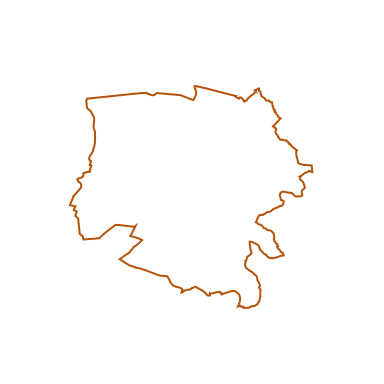 Yehualtepec, Puebla, Mexico (Natural Earth projection), rotated 64°
{"feature_id": "50627088B45895820566273", "entity_name": "Yehualtepec", "entity_type": "district", "adm_level": 2, "iso_a3": "MEX", "parent_name": "Mexico", "parent_adm1": "Puebla", "projection": "natural_earth1", "projection_center": [-97.668, 18.767], "detail": "fine", "context": "isolated", "style": "outline", "palette": "amber", "viewbox_px": 384, "rotation_deg": 64, "n_neighbors": 0, "source": "geoboundaries", "source_scale": "gbopen_adm2", "svg_char_len": 5928}
<svg xmlns="http://www.w3.org/2000/svg" viewBox="0 0 384 384"><g transform="rotate(64 192 192)"><path d="M130.3,289.5L133.3,289.6L134.0,289.0L134.6,288.6L135.7,288.3L136.7,288.3L137.6,288.6L138.8,289.5L139.7,290.4L143.2,298.7L144.0,300.9L144.4,300.8L150.3,307.5L153.7,303.0L156.3,306.1L159.1,304.2L162.3,307.3L165.8,305.9L180.3,311.2L180.6,311.2L184.0,309.6L187.1,310.4L191.9,298.3L191.9,297.7L192.0,297.4L193.0,296.0L190.9,289.1L188.0,275.4L189.3,272.6L197.8,259.5L197.9,258.7L197.7,258.2L197.6,257.4L204.7,266.7L207.6,263.1L211.3,259.4L213.3,258.0L214.5,261.7L215.4,264.9L215.9,268.3L219.2,275.4L219.2,277.8L220.4,284.1L220.6,286.5L230.2,280.7L233.2,277.5L234.9,276.2L237.9,272.2L241.2,268.8L253.0,257.7L256.7,251.4L257.6,251.1L260.4,250.9L264.5,251.0L265.3,250.7L267.5,250.0L269.9,248.2L270.7,247.1L271.7,246.0L272.5,244.9L274.2,243.8L275.4,243.3L277.8,245.5L278.0,244.2L277.4,241.9L277.5,240.8L277.8,239.0L278.4,237.7L278.8,235.9L278.4,234.8L278.7,230.5L283.4,227.1L285.8,225.5L286.4,225.3L288.3,224.2L290.0,224.1L290.6,223.6L291.8,223.2L292.7,221.8L292.9,221.2L291.8,220.9L290.8,220.3L291.0,220.2L291.6,219.3L291.9,218.4L292.1,218.1L292.4,216.3L292.9,213.6L293.2,212.8L293.3,212.1L293.7,211.2L294.0,210.7L295.2,210.9L296.3,209.4L297.0,210.0L298.2,201.0L299.2,198.0L300.6,196.2L303.6,194.9L305.0,194.7L306.8,194.9L309.0,195.4L312.0,197.6L315.1,200.9L315.2,199.0L315.3,198.4L316.6,197.9L317.0,197.8L317.5,196.1L318.5,196.6L319.4,195.3L320.3,193.1L320.8,192.4L320.9,188.0L321.4,187.4L321.9,185.1L321.5,183.8L321.5,182.1L320.4,180.9L320.0,179.7L318.0,178.2L316.0,176.3L314.3,175.7L312.8,175.0L310.0,173.2L309.1,173.5L307.1,173.5L306.9,172.8L305.8,171.9L305.0,171.9L303.6,171.6L302.4,171.5L300.4,171.9L298.4,171.3L296.7,171.0L295.2,171.0L293.0,172.3L291.9,172.3L291.1,172.7L289.8,173.4L287.5,174.9L285.2,176.0L283.4,176.7L280.3,176.1L278.4,174.4L277.1,174.2L277.3,173.3L276.0,171.9L274.5,170.8L274.4,169.5L273.8,167.4L273.7,166.7L272.9,165.1L269.8,164.7L267.6,164.1L266.6,163.6L265.5,163.5L261.9,161.9L262.9,160.3L264.8,158.5L266.0,157.8L267.0,156.8L268.4,156.3L269.1,155.7L271.1,155.6L272.2,155.9L273.7,156.1L275.2,155.4L276.7,155.1L278.9,154.4L280.2,153.6L281.2,152.8L283.2,152.5L284.1,152.1L284.8,151.5L285.5,150.8L286.1,149.9L286.7,148.9L287.1,148.0L288.2,142.4L288.3,140.1L288.6,138.9L289.2,137.4L287.7,137.4L286.8,137.0L285.9,137.7L285.2,138.2L281.7,138.8L280.8,139.4L278.9,139.8L278.0,139.2L278.3,138.4L276.4,138.2L275.4,138.9L273.8,139.0L272.0,139.4L270.4,139.2L269.6,138.3L268.0,137.8L265.7,136.8L265.0,137.0L263.8,137.0L263.0,137.4L261.6,137.9L260.9,138.6L259.0,140.9L257.9,141.6L256.6,142.1L256.0,143.3L254.9,143.4L252.1,144.2L251.3,145.1L249.7,146.5L248.2,147.1L247.3,147.9L244.4,144.6L242.3,141.6L242.8,140.8L243.0,139.8L243.7,138.4L243.3,136.7L243.6,136.0L243.2,134.9L243.0,133.9L243.0,133.1L243.6,132.0L243.9,129.5L243.0,126.8L243.0,125.5L243.2,122.7L243.5,121.2L243.0,120.0L243.3,118.4L243.7,116.9L243.2,115.8L242.2,114.9L240.4,113.6L239.1,114.4L238.1,115.6L235.2,114.7L234.1,114.9L233.3,114.5L232.8,113.9L231.6,112.9L231.4,111.5L231.4,110.5L232.1,109.1L233.0,107.8L233.6,107.3L234.9,105.7L235.4,104.3L236.4,103.9L236.7,102.6L237.7,102.3L239.0,101.8L240.2,101.6L241.3,101.0L242.0,99.6L242.8,97.8L243.6,96.4L243.4,94.6L242.9,94.0L241.4,93.8L239.7,93.2L239.2,92.8L238.7,92.1L238.3,90.2L237.9,89.3L237.3,88.5L235.4,88.2L234.5,88.2L232.9,87.9L231.8,87.9L230.9,88.1L228.8,89.0L227.9,89.2L227.3,89.1L225.9,88.1L225.3,88.4L225.4,87.7L225.3,86.9L225.4,86.1L225.0,85.3L224.7,84.5L224.6,83.8L224.6,82.8L224.3,81.6L224.7,80.2L224.5,78.8L224.5,77.1L225.6,76.5L226.9,75.1L220.6,72.8L216.3,80.2L216.0,80.4L214.8,82.0L212.6,83.8L207.2,82.5L205.2,82.3L201.3,80.6L201.1,80.5L200.9,80.0L200.7,79.3L200.4,79.2L199.7,80.0L199.3,80.1L198.5,80.6L197.9,80.7L197.5,80.9L197.1,81.3L196.5,81.4L196.0,81.8L195.6,82.0L194.8,82.1L194.5,82.4L193.5,82.7L192.9,82.5L192.1,83.3L191.5,83.0L191.3,83.2L191.2,83.6L190.2,83.5L189.8,83.8L189.5,84.0L189.2,83.7L188.8,83.9L188.2,84.3L187.2,84.5L186.8,84.9L186.0,86.4L185.6,86.7L184.9,87.9L184.3,88.2L184.0,89.2L183.9,89.6L183.6,89.8L181.1,90.4L180.5,90.2L180.1,90.5L178.9,90.4L178.5,90.3L177.9,90.4L176.5,90.8L175.3,90.8L174.5,90.6L173.2,89.6L172.4,88.8L172.1,88.6L171.3,89.0L170.7,89.5L170.1,89.5L169.7,89.2L169.5,89.3L169.5,89.8L169.4,89.9L168.6,90.4L164.7,80.2L164.4,80.6L163.4,80.9L162.8,81.4L162.2,81.5L160.3,81.6L159.1,81.9L158.0,81.8L157.7,82.0L156.6,81.9L156.5,82.3L156.4,82.5L155.8,82.5L155.6,82.4L154.5,81.6L154.1,81.7L153.5,82.4L153.1,82.5L152.3,82.0L151.5,81.8L150.7,82.1L150.4,81.8L149.8,81.5L148.8,81.6L147.0,80.9L146.3,80.7L146.2,80.8L146.3,81.3L145.5,82.2L144.3,82.5L143.8,82.9L143.4,83.0L143.2,83.3L142.8,84.8L142.0,85.3L141.6,85.5L140.0,85.4L135.9,87.7L135.1,87.2L134.2,87.2L133.4,87.1L132.1,86.6L131.4,86.7L130.9,87.4L129.3,87.2L128.5,86.3L128.1,86.5L128.3,89.4L128.2,90.8L128.8,90.4L129.8,90.5L129.5,90.7L130.9,93.8L131.3,96.9L131.9,98.6L132.2,100.1L132.5,101.0L133.4,102.3L133.7,102.9L133.7,103.7L133.7,105.4L132.3,105.2L131.3,105.9L129.5,106.0L128.4,106.6L128.0,107.3L128.7,108.9L125.3,111.1L125.0,110.4L116.9,120.1L105.6,133.2L98.3,142.4L98.2,143.4L99.1,143.7L103.4,144.2L105.8,145.2L110.0,150.2L109.6,150.8L108.7,151.8L99.9,159.9L95.2,167.6L94.6,168.8L87.9,179.7L87.7,180.0L87.9,181.5L88.2,182.9L88.0,184.3L87.7,185.2L84.8,188.1L84.0,189.1L83.0,189.3L80.4,195.4L62.1,245.4L64.0,247.3L65.9,247.8L67.9,248.6L69.2,249.0L70.3,249.5L70.9,249.5L72.6,248.6L74.8,247.6L78.5,247.6L80.2,247.4L81.5,247.4L83.9,248.0L87.4,250.2L87.8,250.6L90.8,252.1L92.3,252.5L95.1,252.7L99.9,254.9L105.1,257.6L107.3,259.1L110.1,261.8L112.1,263.5L113.4,265.4L114.9,268.0L116.8,269.9L119.2,270.1L120.1,269.2L123.0,272.1L124.2,270.9L127.1,273.8L128.3,275.0L129.3,273.8L127.9,278.3L128.1,278.8L127.7,279.3L127.5,280.3L127.5,281.4L127.8,281.7L128.4,281.7L129.1,282.4L130.1,282.8L130.3,283.2L130.5,283.9L130.5,286.4L130.1,287.8L130.1,288.5L130.3,289.5Z" fill="none" stroke="#b45309" stroke-width="2"/></g></svg>